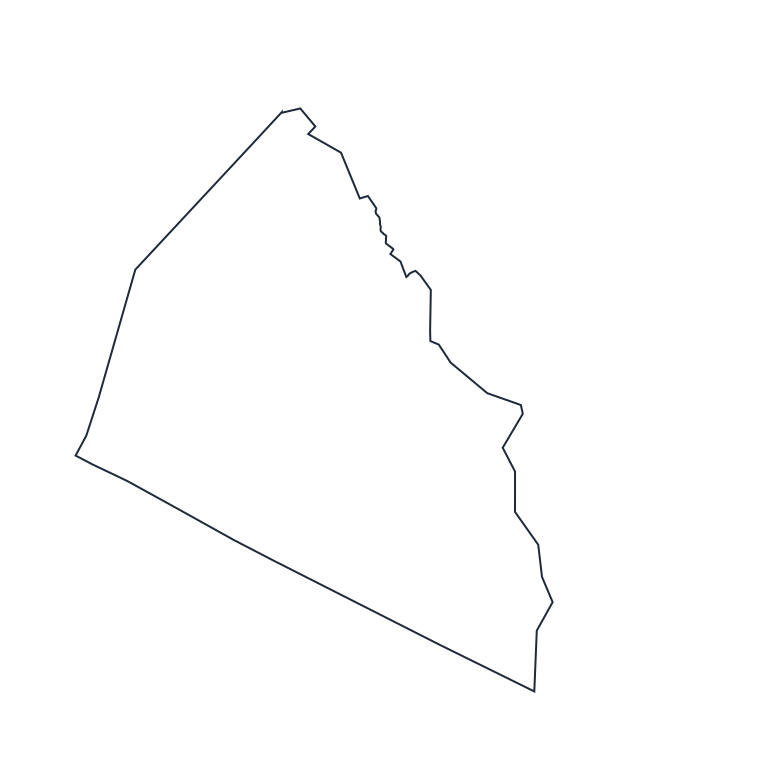 Rowan, North Carolina, United States of America (Natural Earth projection), rotated 27°
{"feature_id": "52423323B48930759923162", "entity_name": "Rowan", "entity_type": "district", "adm_level": 2, "iso_a3": "USA", "parent_name": "United States of America", "parent_adm1": "North Carolina", "projection": "natural_earth1", "projection_center": [-80.524, 35.683], "detail": "fine", "context": "isolated", "style": "outline", "palette": "slate", "viewbox_px": 768, "rotation_deg": 27, "n_neighbors": 0, "source": "geoboundaries", "source_scale": "gbopen_adm2", "svg_char_len": 1041}
<svg xmlns="http://www.w3.org/2000/svg" viewBox="0 0 768 768"><g transform="rotate(27 384 384)"><path d="M657.5,589.7L632.1,534.4L633.3,501.8L612.3,484.1L594.4,457.2L558.8,438.5L540.5,402.5L518.7,386.9L521.2,347.6L520.9,347.2L515.5,340.6L480.2,345.3L433.7,334.7L414.9,324.0L405.8,324.7L400.6,315.0L383.0,278.9L367.1,270.7L360.8,268.9L358.8,270.9L356.5,274.3L356.1,276.9L355.3,278.5L343.1,267.4L330.7,265.3L331.3,259.9L331.0,259.5L322.0,257.9L321.1,256.7L320.4,254.7L319.7,253.4L319.0,251.5L318.7,251.2L318.2,250.8L317.0,250.6L315.7,250.6L314.2,249.9L312.6,249.6L311.7,249.2L310.8,248.1L309.7,245.3L307.6,243.1L307.1,241.7L304.6,238.1L304.0,237.6L299.7,235.9L298.1,234.1L297.7,231.5L297.0,230.7L284.3,223.8L278.2,229.7L240.7,197.4L203.0,195.7L205.9,185.7L184.3,176.5L169.5,189.0L169.5,188.9L169.4,188.6L167.4,195.6L159.2,224.6L110.5,395.0L136.0,526.0L142.2,565.2L141.7,587.8L144.8,587.8L161.0,588.0L199.3,587.0L252.3,588.7L260.9,589.0L321.0,591.2L365.2,591.5L552.6,591.1L657.5,589.7Z" fill="none" stroke="#1e293b" stroke-width="2"/></g></svg>